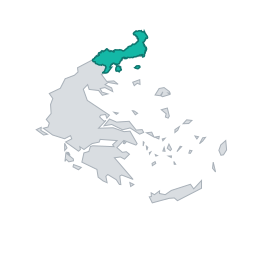 location of Anatoliki Makedonia kai Thraki within Greece, rotated 337°
{"feature_id": "GRC-3001", "entity_name": "Anatoliki Makedonia kai Thraki", "entity_type": "Region", "adm_level": 1, "iso_a3": "GRC", "parent_name": "Greece", "parent_adm1": "", "projection": "mercator", "projection_center": [25.255, 41.074], "detail": "fine", "context": "in_parent", "style": "filled", "palette": "teal", "viewbox_px": 256, "rotation_deg": 337, "n_neighbors": 0, "source": "natural_earth", "source_scale": "10m", "svg_char_len": 8844}
<svg xmlns="http://www.w3.org/2000/svg" viewBox="0 0 256 256"><g transform="rotate(337 128 128)"><path d="M170.5,43.0L180.4,45.7L181.2,51.0L175.4,55.3L175.9,61.7L171.0,68.1L151.1,61.7L144.9,65.3L138.7,62.9L130.8,68.8L124.5,68.2L126.6,76.8L133.4,79.1L136.0,83.8L127.5,78.3L123.8,79.1L128.6,84.7L128.2,88.5L122.6,81.8L117.8,80.8L118.0,84.7L122.7,88.7L117.2,87.9L115.6,82.0L107.3,77.3L107.8,72.3L102.0,74.8L101.3,86.7L115.9,108.9L112.4,110.7L112.6,106.8L107.8,105.5L106.2,106.7L107.1,109.0L108.7,112.5L110.7,112.4L100.8,116.7L114.4,122.0L122.9,129.8L128.6,131.7L130.3,146.0L128.6,146.8L119.3,137.8L110.1,141.7L113.3,148.2L117.2,149.2L119.1,152.7L112.6,155.3L109.7,151.7L103.9,150.1L112.6,177.3L103.8,168.8L101.6,169.1L99.3,177.3L98.0,176.6L97.0,171.0L91.2,162.9L88.7,163.9L87.4,170.2L84.4,167.0L81.3,161.6L83.2,154.0L72.2,141.4L77.7,133.7L82.8,134.3L86.1,130.4L88.6,130.6L107.8,139.7L107.3,137.4L113.0,135.3L97.9,127.6L95.9,129.7L88.9,128.3L79.1,130.6L76.3,126.4L75.8,129.2L73.4,130.0L65.1,116.5L72.0,116.0L72.1,112.6L65.4,113.1L55.9,105.0L49.9,95.1L54.8,95.9L57.5,92.7L56.1,88.2L62.9,84.6L65.9,76.1L70.3,71.5L69.0,65.5L81.2,65.0L89.4,58.1L99.3,58.5L103.9,56.9L105.1,52.8L122.0,51.4L130.3,47.7L139.5,47.0L144.5,52.2L154.0,55.2L167.3,53.4L171.5,51.4L170.5,43.0ZM126.3,199.7L132.5,198.2L131.4,200.6L136.2,203.9L143.5,202.4L163.5,204.2L164.7,209.7L175.2,205.0L172.1,212.2L145.1,214.2L143.3,210.5L138.4,208.8L121.1,206.4L120.7,199.7L122.7,200.2L124.0,196.7L126.3,199.7ZM114.5,112.5L119.8,118.1L131.7,122.3L134.7,133.1L140.4,135.0L140.7,138.2L136.3,138.2L130.0,128.8L122.3,127.5L114.4,118.4L106.8,116.6L114.5,112.5ZM177.0,104.9L180.3,110.5L180.4,112.5L178.5,111.4L179.7,113.5L172.0,112.7L171.0,111.3L174.3,108.3L170.3,110.9L165.8,108.2L172.1,103.8L177.0,104.9ZM205.4,190.0L202.9,189.4L202.9,184.1L206.8,179.8L213.1,177.7L210.2,186.7L205.4,190.0ZM170.7,133.2L168.8,134.6L166.7,132.5L168.7,129.8L165.8,124.2L172.0,125.0L170.7,133.2ZM61.1,126.7L65.6,135.1L65.0,136.9L60.3,136.0L58.9,132.8L56.9,134.1L61.1,126.7ZM51.5,102.3L47.6,101.5L42.9,93.7L48.4,93.5L46.9,96.2L51.5,102.3ZM157.7,88.1L156.1,92.6L154.0,90.4L150.3,91.5L150.2,87.7L157.7,88.1ZM185.2,143.4L189.8,146.0L185.6,147.6L180.4,145.6L185.2,143.4ZM144.6,71.7L142.0,72.6L139.4,69.8L143.5,67.2L144.6,71.7ZM63.6,140.4L69.6,146.0L66.1,147.1L62.2,142.3L63.6,140.4ZM159.8,164.5L158.1,165.4L156.2,161.9L159.4,158.8L159.8,164.5ZM148.2,141.1L148.3,146.4L143.1,139.6L148.2,141.1ZM193.1,192.7L191.4,202.7L190.1,198.1L193.1,192.7ZM64.1,122.5L60.9,124.0L63.7,117.3L64.1,122.5ZM111.3,182.3L107.6,182.9L108.4,178.9L111.3,182.3ZM187.7,170.4L192.9,166.2L195.7,166.9L191.7,169.2L187.7,170.4ZM169.4,150.5L170.6,147.8L175.8,146.8L172.9,149.5L169.4,150.5ZM153.7,160.0L153.0,163.9L151.1,162.8L153.7,160.0ZM153.5,147.9L152.1,150.1L149.0,146.8L153.5,147.9ZM142.6,118.2L139.9,118.7L138.8,113.8L140.4,114.8L142.6,118.2ZM162.6,76.6L160.4,77.3L157.9,75.1L160.3,74.2L162.6,76.6ZM139.8,169.5L139.7,171.5L135.7,172.2L136.3,170.0L139.8,169.5ZM170.1,166.1L163.8,168.9L168.9,165.2L170.1,166.1ZM137.2,147.5L134.9,150.5L136.7,146.6L137.2,147.5ZM158.2,151.9L155.1,153.4L155.2,151.5L158.2,151.9ZM178.0,173.9L175.4,175.7L174.2,174.9L176.2,172.6L178.0,173.9ZM189.5,163.6L187.1,165.0L186.5,161.5L189.5,163.6ZM138.7,153.5L136.7,155.8L137.8,151.8L138.7,153.5ZM63.8,127.3L64.0,130.6L62.3,126.5L63.8,127.3ZM157.1,170.7L156.3,172.1L154.2,169.6L157.1,170.7ZM124.8,110.4L122.6,110.9L121.2,108.0L124.8,110.4ZM120.3,140.5L118.6,141.1L117.7,140.4L119.0,138.9L120.3,140.5ZM139.7,158.9L137.6,160.4L138.0,159.0L139.7,158.9ZM157.1,176.7L157.7,180.0L156.4,179.5L157.1,176.7ZM144.3,164.9L142.6,164.7L142.7,163.1L144.3,164.9Z" fill="#d9dde1" stroke="#a8b0b8" stroke-width="1"/><path d="M173.1,41.8L173.3,41.8L173.5,41.9L174.0,42.5L174.3,42.7L174.7,42.8L176.0,42.7L176.3,42.8L176.9,43.3L177.6,43.5L178.0,43.7L178.3,43.7L178.2,44.1L178.1,44.5L179.2,45.3L180.1,45.8L180.3,46.0L180.7,45.4L180.7,45.6L180.7,45.8L180.7,46.0L180.8,46.1L180.7,46.5L180.8,47.1L180.7,47.4L180.9,47.8L181.0,48.2L181.1,49.2L181.4,50.5L181.5,51.0L181.5,51.6L181.4,52.2L181.2,52.6L180.9,52.9L180.6,52.9L180.1,52.8L179.8,52.6L179.6,52.3L178.6,53.4L178.3,53.4L178.3,53.5L178.2,53.6L178.1,53.8L177.5,54.1L177.0,54.6L176.7,54.8L175.4,54.9L175.2,55.1L175.5,55.6L175.3,56.1L175.2,56.6L175.3,57.1L175.5,57.6L175.1,58.1L175.1,58.4L175.4,58.4L175.6,58.6L175.2,59.2L175.3,59.6L175.6,60.2L175.7,60.5L176.3,60.8L176.3,61.1L176.1,61.4L176.0,61.5L175.7,61.5L175.5,61.8L175.5,62.1L175.7,62.3L175.9,62.4L176.0,62.5L175.8,62.8L175.5,63.0L174.9,63.3L174.7,63.5L174.9,63.8L174.9,64.0L174.6,64.0L174.4,64.0L174.3,63.9L174.2,63.8L174.1,63.7L173.9,64.2L173.7,64.4L173.6,64.6L173.4,64.5L173.3,64.2L173.3,64.5L173.2,64.7L173.0,64.9L173.0,65.0L172.9,65.1L172.9,65.3L173.1,65.6L172.0,66.5L171.7,67.0L171.5,67.7L171.1,68.2L170.5,68.5L169.7,68.4L169.8,68.3L169.6,67.9L169.5,67.4L169.4,66.9L169.0,66.7L169.6,66.5L169.9,66.4L170.1,66.3L169.9,66.0L169.6,66.0L169.3,66.1L169.1,66.2L169.0,65.8L168.8,65.8L168.8,66.0L169.0,66.4L168.8,66.4L168.5,66.0L167.9,65.6L167.2,65.4L166.8,65.6L166.5,65.6L165.4,65.5L165.2,65.4L163.5,65.5L162.7,65.3L161.9,65.0L161.0,64.8L160.3,65.1L159.7,65.0L159.3,64.7L159.0,64.5L158.7,64.3L157.7,64.1L157.3,64.0L156.6,63.7L155.8,63.1L155.0,62.8L154.3,63.5L154.2,63.5L154.2,63.4L152.6,63.1L152.2,62.8L151.9,62.7L151.7,62.6L151.7,62.2L151.8,62.0L152.0,61.8L152.2,61.7L152.4,61.7L152.0,61.4L151.8,61.3L150.2,61.3L149.8,61.4L149.8,61.9L149.4,62.2L149.2,62.4L148.9,62.4L149.0,62.9L148.8,63.1L148.5,63.1L148.1,63.1L147.9,63.2L147.2,63.6L146.9,63.7L146.3,64.1L145.7,64.9L145.1,65.4L144.4,65.1L143.6,65.4L143.3,65.5L142.9,65.3L143.0,65.2L142.3,64.7L141.9,65.1L141.8,65.3L141.7,65.3L141.5,64.9L141.3,64.5L141.0,64.2L141.1,63.8L140.8,63.7L140.6,63.5L140.5,63.2L140.4,62.8L139.5,62.7L139.2,62.6L138.8,62.8L138.6,62.8L138.4,63.1L138.0,62.9L137.4,63.0L137.0,63.2L136.6,63.8L135.7,64.6L135.4,64.7L135.6,64.9L135.8,65.2L135.8,65.4L135.3,65.5L135.3,65.9L135.5,66.0L135.8,66.0L136.0,66.0L131.4,68.7L130.7,68.9L129.8,68.8L128.9,68.6L126.7,67.4L126.3,67.3L126.4,67.1L128.1,66.7L128.5,66.5L129.5,65.6L129.9,65.0L131.1,64.1L131.3,63.8L131.3,63.5L131.6,63.1L131.6,62.8L131.4,62.0L131.5,61.7L131.1,61.5L130.1,60.6L129.7,59.8L129.3,59.5L129.0,59.5L128.6,59.5L128.2,59.9L127.6,59.3L126.6,59.0L125.6,58.3L124.4,56.8L123.4,56.0L123.3,55.6L123.4,54.9L123.6,54.6L123.6,54.2L122.0,53.4L121.7,52.2L121.8,51.7L122.3,51.1L122.7,51.0L123.4,51.0L124.0,51.1L124.3,51.0L124.8,50.3L125.1,50.1L125.4,50.1L125.9,50.1L126.3,50.0L126.6,49.8L127.1,49.3L127.3,49.4L128.2,50.0L128.5,50.0L128.8,49.7L129.1,49.6L129.2,49.3L129.7,49.6L129.9,49.7L130.1,49.6L130.2,49.4L130.2,49.1L130.2,48.6L130.1,47.7L130.7,47.4L131.5,47.5L132.1,47.7L132.3,47.8L132.4,48.1L132.6,48.1L132.7,47.6L132.8,47.4L133.1,47.1L133.5,46.9L133.8,46.8L134.2,46.7L134.5,47.1L134.9,47.3L134.9,47.6L134.9,47.8L135.1,48.0L135.2,47.9L135.3,47.9L135.5,47.8L136.0,47.9L136.9,47.7L137.2,47.7L137.6,47.7L137.9,47.7L138.3,47.1L138.7,47.0L139.3,46.8L139.7,47.1L140.0,47.8L140.0,48.6L140.1,48.8L140.5,49.2L140.6,49.4L140.7,49.6L140.7,49.9L140.7,50.0L141.0,50.3L141.3,50.3L142.0,50.3L141.9,50.6L142.3,50.6L142.7,50.6L143.1,50.8L143.5,51.2L144.1,52.0L144.6,52.4L145.0,52.4L145.1,52.0L145.1,51.6L145.1,51.2L145.9,51.2L146.3,51.0L146.5,51.0L146.8,51.0L147.4,51.4L150.6,52.8L150.9,52.7L151.0,52.7L151.1,52.8L151.3,53.0L152.2,53.5L152.5,53.8L153.4,55.0L153.8,55.2L154.2,55.3L154.7,55.3L158.0,54.2L158.5,54.1L159.0,54.2L159.4,53.9L159.5,53.6L159.7,53.4L160.0,53.3L161.7,53.4L161.9,53.5L162.3,53.7L162.5,53.8L162.7,53.7L163.3,53.3L163.5,53.2L164.2,53.2L164.9,52.7L165.1,52.6L165.5,52.8L166.1,53.4L166.5,53.6L166.8,53.5L167.3,53.3L167.6,53.3L167.8,53.3L168.1,53.3L168.5,53.1L169.0,52.7L169.3,52.6L171.0,52.2L171.5,51.8L171.8,51.1L172.0,50.5L172.1,50.3L172.3,50.2L172.3,49.8L172.0,49.6L171.9,49.4L171.7,49.0L171.8,48.8L172.0,48.6L172.1,48.2L172.1,47.9L172.1,47.6L172.0,47.3L171.9,47.1L171.6,47.1L171.4,46.8L171.4,46.4L171.4,46.2L171.3,45.5L171.1,45.3L171.0,45.1L170.7,45.0L170.5,44.9L170.2,44.8L169.9,44.5L169.8,44.1L169.8,43.8L169.8,43.4L169.9,43.1L170.1,42.9L170.3,42.9L170.5,42.8L171.0,42.4L171.5,42.2L172.6,42.2L173.1,41.8ZM144.8,68.5L144.4,68.5L144.3,68.8L144.4,69.1L144.8,69.2L144.8,69.8L144.5,69.9L144.4,70.2L144.5,71.0L144.7,71.3L144.7,71.5L144.5,71.8L144.2,71.5L144.0,71.8L143.6,72.0L143.0,72.1L142.7,72.2L142.2,72.6L141.9,72.8L141.8,72.6L141.7,72.4L141.4,72.1L141.2,72.1L141.1,71.8L141.1,71.7L140.8,71.5L140.7,71.4L140.2,71.3L139.7,71.2L139.4,71.0L139.4,70.3L139.5,69.6L139.8,69.0L140.4,68.0L141.9,66.7L142.6,67.0L143.4,67.1L143.7,67.3L143.8,67.4L143.8,67.7L144.0,67.9L144.2,68.0L144.4,68.0L144.6,68.2L144.7,68.3L144.8,68.5ZM162.7,76.0L162.8,76.4L162.6,76.7L160.7,77.3L160.3,77.3L159.6,76.9L158.3,75.8L158.0,75.5L157.8,75.1L158.2,75.1L159.3,74.5L159.9,74.3L160.4,74.3L162.0,74.8L162.3,75.0L162.7,75.3L162.9,75.7L162.7,76.0Z" fill="#14b8a6" stroke="#0f766e" stroke-width="1.5"/></g></svg>